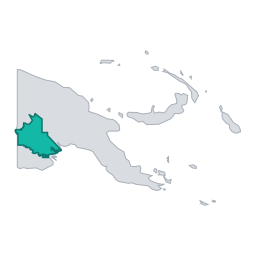 Middle Fly District, Western, Papua New Guinea (highlighted)
{"feature_id": "67681753B64880686677125", "entity_name": "Middle Fly District", "entity_type": "district", "adm_level": 2, "iso_a3": "PNG", "parent_name": "Papua New Guinea", "parent_adm1": "Western", "projection": "mercator", "projection_center": [142.595, -7.022], "detail": "fine", "context": "in_parent", "style": "filled", "palette": "teal", "viewbox_px": 256, "rotation_deg": 0, "n_neighbors": 0, "source": "geoboundaries", "source_scale": "gbopen_adm2", "svg_char_len": 8260}
<svg xmlns="http://www.w3.org/2000/svg" viewBox="0 0 256 256"><path d="M17.3,167.1L17.3,133.8L15.6,131.3L17.3,125.4L17.3,69.5L20.5,69.8L35.7,76.6L46.1,80.2L55.1,81.8L63.4,87.4L69.5,87.7L78.6,95.5L82.3,96.1L88.7,102.6L89.1,107.9L88.4,111.3L98.2,114.5L107.6,119.0L112.7,119.5L115.6,121.1L119.1,125.0L119.7,130.2L117.7,131.1L108.9,131.1L106.4,132.7L110.0,140.9L117.9,148.4L123.9,151.8L125.7,158.6L128.8,160.7L130.7,166.1L133.8,166.7L139.9,165.8L140.9,168.1L140.0,171.5L140.9,172.9L152.0,175.7L148.3,177.5L150.0,180.6L157.3,183.3L161.8,184.3L164.5,184.0L161.3,185.6L158.5,185.1L158.0,185.6L159.1,186.9L161.5,188.3L159.0,190.1L156.6,190.4L152.1,189.2L148.2,185.8L136.0,184.3L131.8,182.8L128.4,183.3L118.6,181.5L115.4,179.1L113.2,175.5L107.4,171.2L106.0,169.1L106.6,166.2L105.0,166.7L101.6,164.6L92.7,151.4L88.2,149.6L76.9,147.3L75.3,144.7L70.0,143.8L68.8,145.4L64.5,146.6L60.9,145.4L57.3,142.1L61.5,149.4L60.0,149.4L60.7,150.5L59.9,150.7L55.2,150.3L56.6,153.3L48.9,155.0L43.2,154.4L40.4,155.1L39.3,155.0L37.8,152.8L35.7,153.2L37.4,153.3L39.7,155.8L44.5,155.5L49.2,157.4L53.1,161.8L53.0,164.7L42.2,170.3L36.0,167.9L27.0,168.5L23.7,167.6L19.7,168.7L17.3,167.1ZM179.0,93.5L181.2,95.0L183.4,93.5L187.7,95.4L186.9,102.6L185.5,104.6L181.8,105.3L181.4,106.4L183.8,110.6L182.8,112.1L179.6,113.7L174.4,113.5L173.0,116.4L170.2,119.0L158.9,124.2L146.7,124.6L142.6,121.4L138.4,122.0L132.7,118.2L128.0,116.7L127.1,115.3L127.2,113.4L128.5,112.3L136.9,112.5L142.3,114.0L149.3,113.1L151.3,112.0L152.0,107.3L153.2,105.4L154.4,106.3L152.9,109.9L154.6,113.1L159.6,112.1L162.8,112.9L165.3,111.9L168.8,106.9L171.6,104.7L176.7,103.5L176.7,99.8L174.9,94.8L175.6,93.3L179.0,93.5ZM240.6,130.5L240.0,132.2L239.7,131.7L237.1,133.2L234.1,132.7L231.5,131.1L229.5,128.1L229.4,124.8L226.5,123.4L222.8,119.2L222.0,116.4L222.3,111.9L227.8,114.5L233.3,122.4L238.6,125.9L240.6,130.5ZM198.5,95.6L194.9,102.7L192.7,99.8L191.8,97.8L191.6,92.3L185.8,84.1L179.9,81.3L167.7,72.8L163.0,71.5L164.2,71.1L164.1,69.0L170.1,73.4L173.8,74.5L178.8,77.9L182.1,79.1L196.8,91.9L198.5,95.6ZM102.0,60.1L113.4,60.4L113.7,61.3L112.1,61.4L110.2,63.2L103.4,62.7L100.4,63.6L100.2,62.3L101.3,62.0L101.1,60.7L102.0,60.1ZM159.7,170.6L161.8,171.8L163.6,171.6L164.9,173.1L165.2,175.4L164.4,176.0L163.9,175.2L158.3,174.8L159.4,173.4L158.4,170.8L159.7,170.6ZM158.3,70.3L154.3,70.3L151.3,67.5L155.2,66.2L158.2,67.5L158.3,70.3ZM168.0,180.8L170.6,179.3L171.2,179.8L170.2,183.4L166.1,181.9L163.4,176.0L168.0,180.8ZM189.3,165.5L193.7,164.8L195.9,166.4L196.5,167.0L196.1,168.5L192.4,167.9L189.3,165.5ZM199.6,200.5L207.9,204.5L204.8,205.2L202.2,204.1L201.9,203.1L200.8,203.5L201.4,202.8L199.6,200.5ZM122.4,117.6L118.8,114.6L119.0,112.6L122.8,114.4L122.4,117.6ZM157.0,172.8L155.9,172.9L153.5,170.8L154.9,168.5L156.6,169.3L157.0,172.8ZM221.1,111.7L219.5,106.9L220.9,105.5L222.3,108.5L221.1,111.7ZM109.7,111.7L107.2,109.8L109.1,108.1L110.2,109.0L109.7,111.7ZM148.3,53.8L146.9,54.1L145.1,52.6L145.6,50.8L147.7,52.0L148.3,53.8ZM93.0,99.9L91.5,101.6L90.5,100.3L92.2,98.4L93.0,99.9ZM168.5,156.6L168.6,162.4L167.4,161.2L168.0,158.8L166.8,158.2L168.5,156.6ZM54.1,158.1L56.6,160.5L50.6,156.6L54.1,158.1ZM56.2,157.5L53.0,156.5L52.3,155.8L56.2,156.2L56.2,157.5ZM215.6,201.1L215.4,201.9L213.3,202.1L211.8,200.9L213.2,201.2L213.0,200.3L215.6,201.1ZM191.2,76.0L191.3,78.7L189.7,76.8L191.2,76.0ZM183.1,74.6L182.5,75.3L181.0,73.4L181.3,73.1L183.1,74.6ZM165.2,189.0L165.0,190.2L163.5,189.6L163.8,188.8L165.2,189.0ZM181.8,72.5L180.7,72.8L180.8,71.0L181.8,72.5ZM119.6,64.1L119.7,65.5L118.1,65.2L119.6,64.1ZM206.4,90.9L206.2,92.1L205.4,91.7L206.4,90.9Z" fill="#d9dde1" stroke="#a8b0b8" stroke-width="1"/><path d="M47.5,132.5L42.0,132.5L42.0,118.9L41.6,118.7L41.2,118.4L40.8,118.3L40.7,118.1L40.5,117.9L35.2,113.7L34.9,114.1L35.0,114.2L34.9,114.5L35.1,114.6L34.9,114.9L34.9,115.0L34.7,115.1L34.6,115.9L32.5,116.7L31.4,116.2L31.1,116.0L30.9,116.1L30.6,115.9L30.9,115.7L30.7,115.5L30.0,115.2L29.8,115.1L29.7,115.1L29.6,114.9L29.4,114.9L32.4,120.5L29.3,124.3L27.8,124.3L26.5,124.0L25.8,123.4L24.7,123.1L24.2,123.0L23.9,122.9L23.7,123.5L23.5,124.7L23.5,125.0L23.9,125.5L23.8,126.0L23.7,126.2L23.6,126.3L23.3,126.6L23.2,126.8L23.3,126.8L23.2,126.9L23.3,127.2L23.1,127.4L22.8,127.5L22.7,127.6L22.7,127.9L22.6,128.0L22.4,128.0L22.1,128.3L22.1,128.5L21.9,128.6L21.7,128.7L21.8,128.9L21.7,128.9L21.8,129.0L21.6,129.1L21.6,129.4L21.5,129.5L21.5,129.8L21.3,130.0L21.2,130.1L20.9,130.0L20.9,129.6L15.8,129.6L15.5,129.9L15.8,130.0L15.6,130.1L15.7,130.3L15.4,130.4L15.5,130.8L15.4,131.0L15.9,131.2L16.0,131.5L15.9,131.7L15.9,131.9L15.7,132.1L16.0,132.4L16.3,132.3L16.5,132.5L16.3,132.8L16.2,132.8L16.3,133.1L16.4,133.3L16.8,133.3L16.9,133.1L17.0,133.1L16.8,133.6L17.0,133.9L17.2,133.6L17.6,133.8L17.7,133.6L18.0,133.6L18.0,145.1L23.8,145.1L24.0,145.3L24.1,145.6L24.0,146.0L24.5,146.0L25.1,145.9L25.3,146.4L25.4,146.6L25.7,146.7L25.9,146.7L26.1,146.4L26.3,146.4L26.2,146.8L25.6,147.0L25.6,147.3L25.9,147.5L26.0,147.5L26.3,147.5L26.2,147.3L25.9,147.3L26.0,147.0L26.1,146.9L27.3,147.1L27.6,147.6L27.8,147.5L27.7,147.3L27.8,147.2L28.8,147.4L29.0,147.4L29.1,147.7L29.7,147.5L29.9,147.8L30.2,149.2L30.2,149.3L30.3,149.3L30.4,148.9L30.6,148.8L30.9,148.9L30.7,149.7L31.0,149.7L31.4,149.7L31.6,149.9L31.9,150.0L32.3,150.1L32.9,150.0L33.0,150.1L33.0,150.6L33.3,151.2L33.3,151.5L32.7,151.9L32.4,152.5L32.7,152.8L33.2,153.2L33.7,153.3L33.8,153.3L34.2,153.3L34.7,153.6L34.9,153.6L35.2,153.4L35.6,153.0L36.2,152.6L36.4,152.6L37.0,152.7L37.4,152.6L37.7,152.5L37.8,152.6L38.0,152.7L38.4,152.9L38.6,153.1L38.7,153.5L38.8,154.5L38.9,154.8L39.3,155.0L40.3,155.2L41.3,154.6L41.6,154.5L41.9,154.5L42.2,154.3L42.6,154.3L43.9,154.4L44.0,154.3L44.4,154.3L44.8,154.6L45.6,154.6L45.9,154.8L46.4,155.0L46.5,155.2L47.1,155.3L47.3,155.3L48.4,154.9L49.5,154.6L50.2,154.2L52.1,154.2L52.5,154.0L53.5,153.9L53.5,153.7L55.5,153.7L56.1,153.0L56.6,153.0L56.6,152.7L56.3,152.6L55.8,152.1L55.4,151.8L54.5,151.5L54.3,151.3L54.2,150.7L53.7,150.6L53.5,150.3L53.3,150.1L53.5,150.0L53.5,149.9L53.2,149.6L53.2,149.3L53.1,149.2L52.9,149.2L52.9,149.7L52.6,150.0L52.9,149.6L52.8,149.1L52.7,148.7L52.6,148.1L52.5,147.9L52.4,147.9L52.4,148.2L52.2,148.5L51.8,148.5L51.7,148.7L52.0,149.0L52.2,149.7L51.9,149.6L51.7,149.8L51.5,149.7L51.5,149.4L51.4,149.5L51.2,149.6L51.1,149.8L51.0,149.7L51.1,149.8L51.2,149.6L51.4,149.5L51.5,149.4L51.6,149.5L51.6,149.8L51.7,149.7L51.8,149.6L52.1,149.7L52.0,149.1L51.7,148.8L51.7,148.7L51.8,148.6L51.4,148.6L51.2,147.7L51.3,147.2L51.5,147.2L51.4,147.2L51.4,147.4L51.3,147.8L51.3,148.4L52.0,148.4L52.2,148.2L52.2,147.9L52.3,147.8L52.4,147.7L52.6,147.7L52.8,148.1L52.9,148.8L53.3,149.0L53.8,148.8L54.0,148.9L54.3,149.3L54.4,150.0L54.6,150.2L54.8,150.3L55.7,150.4L55.9,150.3L56.1,150.1L56.7,150.1L57.7,150.5L58.4,150.9L59.6,151.0L60.4,151.0L60.5,150.8L60.6,150.5L60.3,150.2L60.2,149.7L59.5,149.7L59.3,149.5L59.1,149.3L59.0,149.2L59.1,148.9L59.1,148.6L58.9,148.6L58.7,148.6L59.0,148.5L59.2,148.8L59.1,149.3L59.4,149.4L59.6,149.6L60.0,149.5L60.6,150.1L60.8,150.2L61.1,150.4L61.3,150.1L47.5,135.5L47.5,132.5ZM48.4,156.9L47.5,156.8L46.8,156.6L46.4,156.6L45.4,155.9L44.4,155.5L44.2,155.1L43.9,155.0L43.5,155.0L43.0,155.2L42.8,155.5L43.1,155.7L43.1,155.8L43.2,156.0L43.3,156.2L43.2,156.2L43.1,156.3L42.9,156.3L43.1,156.4L43.1,156.6L42.8,156.6L42.7,156.8L42.8,156.8L42.9,157.0L42.8,157.4L43.0,157.5L48.4,157.5L48.4,156.9ZM54.5,150.5L54.1,150.1L53.9,149.2L53.6,149.2L53.3,149.2L53.2,149.6L53.5,149.7L53.6,149.9L53.5,150.0L53.4,150.1L53.6,150.3L53.7,150.5L54.1,150.5L54.3,150.8L54.5,151.3L54.9,151.5L55.3,151.6L55.9,151.9L56.0,151.9L55.7,151.4L55.5,150.8L54.5,150.5ZM57.9,151.4L57.3,150.8L56.6,150.5L56.3,150.4L56.0,150.6L55.5,150.7L56.1,151.5L56.4,151.5L57.2,151.4L57.9,151.8L58.1,151.7L57.9,151.4ZM57.2,151.7L56.2,151.7L56.1,151.8L56.2,152.1L56.3,152.2L57.1,152.9L57.8,152.6L57.8,152.2L57.2,151.7ZM43.3,155.0L42.7,154.9L42.0,154.9L41.0,155.3L40.4,155.7L40.0,155.8L39.3,155.8L38.7,155.3L38.9,155.7L39.4,156.0L39.9,156.0L40.4,155.9L40.7,155.7L40.9,155.7L41.7,155.2L42.2,155.0L42.8,154.9L43.3,155.0ZM48.7,156.0L47.7,156.1L47.1,156.0L47.2,156.3L47.7,156.4L48.5,156.3L48.7,156.2L48.7,156.0ZM39.6,155.3L39.1,155.2L39.2,155.3L39.4,155.4L39.6,155.3ZM36.5,152.8L36.6,152.7L36.4,152.7L36.2,152.8L36.5,152.8ZM46.4,156.3L46.5,156.2L46.3,156.2L46.4,156.3Z" fill="#14b8a6" stroke="#0f766e" stroke-width="1.5"/></svg>